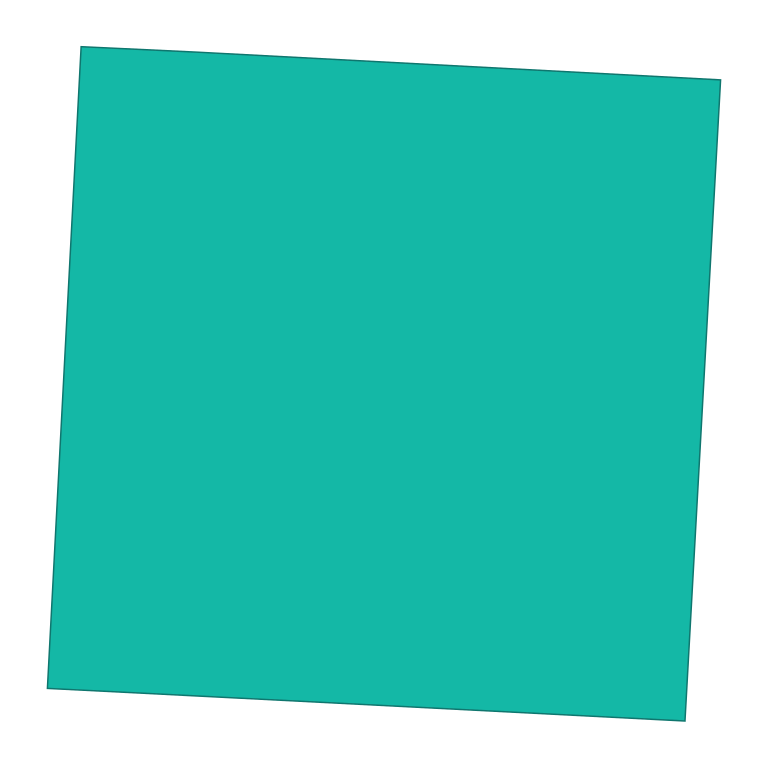 Briscoe, Texas, United States of America, rotated 183°
{"feature_id": "52423323B43262131750605", "entity_name": "Briscoe", "entity_type": "district", "adm_level": 2, "iso_a3": "USA", "parent_name": "United States of America", "parent_adm1": "Texas", "projection": "albers", "projection_center": [-101.151, 34.53], "detail": "fine", "context": "isolated", "style": "filled", "palette": "teal", "viewbox_px": 768, "rotation_deg": 183, "n_neighbors": 0, "source": "geoboundaries", "source_scale": "gbopen_adm2", "svg_char_len": 249}
<svg xmlns="http://www.w3.org/2000/svg" viewBox="0 0 768 768"><g transform="rotate(183 384 384)"><path d="M527.5,62.7L65.8,63.2L63.8,705.3L587.9,705.6L704.1,705.0L704.2,62.4L527.5,62.7Z" fill="#14b8a6" stroke="#0f766e" stroke-width="1.5"/></g></svg>